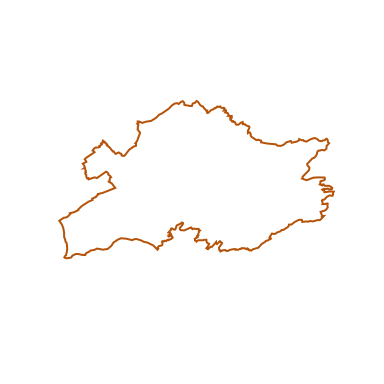 Ardee Lea-6, Louth, Ireland (Robinson projection), rotated 149°
{"feature_id": "5873133B98086602368419", "entity_name": "Ardee Lea-6", "entity_type": "district", "adm_level": 2, "iso_a3": "IRL", "parent_name": "Ireland", "parent_adm1": "Louth", "projection": "robinson", "projection_center": [-6.488, 53.872], "detail": "fine", "context": "isolated", "style": "outline", "palette": "amber", "viewbox_px": 384, "rotation_deg": 149, "n_neighbors": 0, "source": "geoboundaries", "source_scale": "gbopen_adm2", "svg_char_len": 6064}
<svg xmlns="http://www.w3.org/2000/svg" viewBox="0 0 384 384"><g transform="rotate(149 192 192)"><path d="M202.3,280.3L203.0,279.3L202.6,278.7L203.5,278.1L203.5,276.8L205.1,275.7L205.4,274.6L206.4,273.8L206.0,269.5L212.9,263.9L215.4,263.0L215.0,262.4L216.3,260.4L218.5,261.0L224.1,260.6L231.2,257.8L233.2,259.0L233.0,259.5L233.4,260.3L233.0,261.3L233.7,262.0L234.5,263.7L237.9,264.0L238.3,267.3L239.0,267.5L239.7,273.1L240.4,274.1L240.3,276.2L240.9,276.1L240.7,278.0L241.4,279.5L241.0,279.6L241.9,281.9L242.7,281.3L242.9,280.2L244.9,280.4L244.9,279.2L247.6,279.2L247.5,278.4L247.8,278.1L249.8,278.6L251.5,279.7L253.6,279.7L255.9,278.7L255.1,277.3L255.0,276.3L265.2,275.8L267.1,275.3L266.9,273.2L267.0,272.3L271.0,272.5L270.8,269.8L271.3,268.1L272.2,268.0L271.5,267.7L272.2,264.7L272.7,264.6L272.9,263.3L274.7,263.0L274.2,263.0L273.8,261.2L274.8,259.3L274.8,257.5L273.7,257.3L274.1,256.1L268.3,254.8L267.5,254.3L266.4,252.9L255.2,253.7L254.4,252.2L254.2,250.9L254.8,250.0L254.0,248.1L253.8,246.3L254.8,246.4L255.9,245.5L256.7,244.1L258.0,243.9L257.9,243.2L256.4,241.0L255.7,235.0L269.4,237.3L273.5,238.7L273.6,238.1L275.1,238.0L276.4,237.2L276.9,237.6L277.7,237.3L281.0,237.7L281.3,236.4L285.9,237.0L293.8,236.7L298.6,235.6L298.8,235.0L303.4,235.4L307.5,236.7L307.4,236.0L311.1,234.9L313.4,235.1L315.2,236.0L320.6,235.7L320.3,231.7L320.8,227.8L322.4,223.4L324.9,219.0L325.0,217.2L326.0,214.6L325.7,213.3L326.6,210.7L328.6,207.0L330.3,204.9L332.6,202.7L333.9,202.5L335.1,201.7L334.9,201.1L333.4,199.6L329.5,198.1L327.2,199.0L323.5,198.7L321.5,197.5L318.6,194.7L316.0,192.9L315.0,193.4L315.5,193.4L315.5,193.6L314.1,194.1L310.6,193.8L309.2,194.1L305.6,192.7L302.5,192.4L298.0,188.4L293.6,186.6L288.8,187.4L285.4,189.1L280.4,189.4L276.7,188.9L272.6,186.0L268.0,181.5L265.8,181.3L263.7,180.2L260.6,176.8L258.8,173.9L256.3,171.7L252.7,166.0L251.3,160.3L250.2,160.8L250.5,161.5L249.9,162.0L248.4,162.7L245.5,161.8L244.7,162.0L243.3,163.9L243.5,164.7L243.2,165.0L242.2,164.9L241.0,164.0L240.3,164.2L239.5,163.3L238.7,163.6L237.2,162.9L237.1,163.3L234.2,162.4L232.7,162.9L232.4,162.7L231.8,163.5L232.3,165.5L234.8,165.8L235.1,166.0L235.0,166.5L234.7,167.0L231.7,166.8L231.8,168.2L233.0,169.4L230.6,170.2L229.9,170.1L228.7,171.4L227.9,171.1L226.7,168.9L225.6,168.5L222.3,171.2L217.5,170.7L216.5,171.1L215.7,170.1L216.2,169.3L218.1,168.3L220.9,167.6L221.5,166.4L221.4,165.2L218.5,163.1L211.0,162.1L210.9,161.8L211.4,161.7L210.9,161.1L210.8,159.9L208.8,159.4L207.6,158.2L205.3,157.0L205.4,156.2L205.0,154.9L206.2,155.0L206.9,153.9L209.0,152.2L208.9,151.6L210.5,151.6L210.3,150.4L213.7,150.5L214.4,148.9L213.6,147.1L212.7,147.6L210.9,147.1L207.6,145.0L206.2,144.8L204.3,143.6L205.0,142.2L205.2,140.7L204.0,138.7L206.6,137.1L208.6,136.4L208.3,135.4L207.7,134.7L204.4,135.5L203.2,134.7L197.3,136.6L197.9,135.6L197.4,134.5L193.5,135.5L193.3,135.3L193.3,134.3L192.6,133.5L192.6,132.6L197.6,130.4L198.4,128.3L198.4,127.5L197.7,127.3L198.1,126.4L195.6,126.1L193.4,125.2L193.0,123.9L191.7,123.0L189.4,122.9L185.5,121.5L184.6,120.9L184.6,120.2L183.8,120.3L183.4,119.5L182.5,118.8L180.1,118.5L179.3,118.0L178.8,118.3L177.6,118.0L177.4,117.5L175.6,116.5L175.5,115.8L174.6,114.8L174.2,114.6L173.6,115.1L173.0,114.0L173.4,113.4L172.9,112.4L172.1,112.3L171.4,111.2L169.2,111.5L163.8,110.1L159.2,111.5L155.5,111.6L153.7,112.0L151.5,111.3L150.2,111.7L149.0,111.1L148.3,111.6L149.0,113.1L145.0,115.2L143.9,114.5L143.6,113.9L141.9,113.2L140.0,113.5L136.6,112.8L134.8,113.2L133.5,112.5L127.9,112.6L126.4,113.2L125.7,114.1L123.5,112.9L119.4,113.4L116.1,113.2L114.3,112.9L112.6,111.9L112.1,111.2L112.9,109.6L108.7,107.6L107.6,106.6L105.8,106.4L103.5,104.5L99.0,103.3L97.0,102.1L96.2,102.1L91.3,103.5L93.1,104.4L92.7,104.8L92.0,108.8L87.8,107.7L86.2,107.8L83.6,108.9L82.7,111.0L81.7,112.1L82.1,112.6L84.5,113.3L86.4,114.4L85.7,114.9L85.1,117.6L84.1,118.1L83.2,117.5L81.9,117.5L78.7,118.4L76.0,118.3L73.6,116.4L72.5,117.0L71.6,118.5L70.3,119.3L73.1,121.2L78.6,123.6L77.9,125.1L79.0,126.2L79.1,127.0L77.1,126.7L75.0,125.2L73.8,125.0L73.2,123.7L71.1,122.7L70.5,122.5L69.6,123.4L71.1,126.5L75.2,129.1L75.2,130.7L76.2,131.1L77.0,130.6L78.6,132.7L77.3,133.4L76.9,134.5L76.2,135.0L73.1,134.1L71.6,134.3L70.9,136.1L75.9,139.3L80.6,141.8L87.7,143.1L90.7,146.8L89.8,147.1L89.4,148.1L80.6,150.4L79.0,152.0L78.8,153.3L79.3,154.4L79.3,155.6L78.8,156.7L71.5,158.8L69.7,158.4L67.7,158.8L65.4,160.2L64.3,161.6L62.3,162.4L61.4,161.8L58.9,161.1L57.1,159.5L54.5,159.9L52.8,162.2L49.3,163.2L49.8,164.7L48.9,166.7L49.0,168.1L49.6,168.5L51.7,168.0L53.4,168.8L54.7,168.8L55.8,169.6L56.9,170.8L57.3,172.6L58.1,173.9L59.2,175.2L62.9,176.1L68.0,176.3L69.8,178.2L69.9,179.1L71.1,179.7L72.9,182.1L73.5,181.2L76.0,181.2L81.2,182.9L81.0,184.7L81.2,184.9L85.5,186.0L88.5,185.3L92.0,185.7L94.8,187.6L95.5,189.6L102.8,195.0L107.2,199.0L106.3,200.4L108.5,202.9L110.1,203.3L112.5,208.5L112.7,209.5L112.4,210.7L111.9,211.1L111.7,213.2L112.4,213.8L113.7,213.7L112.6,215.8L111.3,216.3L109.4,217.9L109.3,219.0L110.2,219.7L111.7,222.0L111.6,222.6L113.5,224.0L112.8,224.9L112.5,225.9L114.6,226.2L117.4,225.8L119.0,226.6L119.6,227.6L119.2,229.2L119.4,230.1L120.7,230.9L120.9,231.2L120.6,231.5L121.3,231.7L121.1,232.4L121.4,232.7L121.5,233.8L121.9,234.1L121.7,234.5L121.1,234.6L121.4,234.9L120.8,235.4L121.0,235.8L120.1,235.9L119.6,236.5L119.2,236.0L118.8,236.7L121.8,238.6L121.0,238.9L120.7,241.2L122.6,243.1L121.0,243.8L120.9,244.7L122.8,245.5L121.2,246.4L121.3,247.2L121.1,247.4L121.4,247.9L122.8,248.3L124.1,250.2L123.8,250.8L126.1,251.6L126.3,252.2L128.1,251.8L128.7,252.1L129.2,251.9L129.4,252.2L131.4,251.9L133.0,252.4L137.8,251.5L138.2,252.1L138.1,252.9L137.1,254.0L137.9,254.4L138.0,255.9L138.6,257.2L138.4,257.9L138.7,260.0L139.3,260.3L140.2,262.4L140.4,266.0L141.1,267.6L143.9,266.9L145.8,267.5L147.8,265.8L149.2,266.6L153.7,270.6L152.7,272.4L153.2,274.7L155.4,274.9L158.1,274.3L159.0,275.8L161.2,276.7L164.3,276.6L168.7,275.4L177.8,274.8L180.2,275.2L184.5,274.1L190.4,274.0L195.6,276.1L199.0,276.8L200.9,279.5L201.4,279.2L201.6,279.8L202.5,279.7L202.1,280.0L202.3,280.3Z" fill="none" stroke="#b45309" stroke-width="2"/></g></svg>